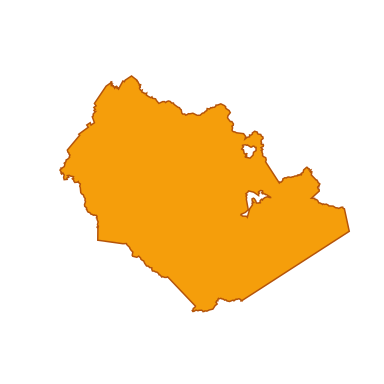 outline of Alpine, Victoria, Australia, rotated 317°
{"feature_id": "25037944B21518620554178", "entity_name": "Alpine", "entity_type": "district", "adm_level": 2, "iso_a3": "AUS", "parent_name": "Australia", "parent_adm1": "Victoria", "projection": "mercator", "projection_center": [147.028, -36.834], "detail": "fine", "context": "isolated", "style": "filled", "palette": "amber", "viewbox_px": 384, "rotation_deg": 317, "n_neighbors": 0, "source": "geoboundaries", "source_scale": "gbopen_adm2", "svg_char_len": 6053}
<svg xmlns="http://www.w3.org/2000/svg" viewBox="0 0 384 384"><g transform="rotate(317 192 192)"><path d="M129.4,76.3L128.4,78.3L128.6,79.3L127.9,80.4L128.0,81.7L126.5,82.4L126.2,83.1L123.3,83.2L121.9,82.7L120.3,83.9L118.5,83.8L118.8,84.3L116.0,86.3L113.2,85.8L112.6,85.3L112.4,86.0L111.2,85.6L110.3,86.1L109.9,88.9L109.1,88.7L108.9,90.1L110.5,90.3L110.1,92.4L108.1,93.7L106.9,95.8L109.3,97.6L109.6,96.8L110.3,96.5L111.9,97.2L112.3,96.4L112.2,95.1L113.6,96.1L114.0,97.5L115.7,99.8L115.1,99.9L114.7,101.2L113.5,100.8L113.6,102.7L113.0,103.6L112.8,105.1L114.9,106.7L115.9,106.8L115.5,107.7L115.8,110.0L113.9,111.1L113.3,112.6L110.2,116.6L110.1,118.5L110.6,119.9L109.5,122.5L109.5,123.9L108.1,125.0L107.5,126.5L104.9,127.8L103.8,129.2L104.1,131.7L103.0,132.6L103.2,133.2L102.6,134.0L102.3,135.9L103.2,137.3L103.0,139.3L103.8,140.5L104.0,141.7L104.9,142.1L105.2,143.0L106.1,143.8L106.0,145.0L104.5,145.7L104.8,146.3L103.8,147.4L103.0,149.8L100.5,151.5L100.3,152.8L99.5,152.8L99.7,153.6L98.9,154.0L98.5,153.6L98.4,154.4L90.2,163.0L106.2,182.7L108.9,185.0L108.4,186.0L108.6,190.1L108.1,190.9L107.7,193.2L107.8,195.5L105.1,197.5L104.8,198.5L107.1,202.1L109.3,202.6L109.4,205.1L108.8,206.3L109.1,208.3L109.7,209.3L108.8,211.8L108.3,215.1L109.5,216.5L109.5,218.4L110.9,220.0L109.7,221.4L109.2,222.8L110.4,224.1L110.8,225.6L111.7,226.7L112.0,229.0L111.4,230.0L112.1,231.1L111.9,233.6L112.8,233.8L113.9,236.0L115.2,237.1L116.3,237.5L116.7,277.8L115.4,278.3L113.5,278.0L112.3,279.0L111.4,278.8L111.1,279.9L112.0,280.6L114.4,281.1L115.4,283.0L116.2,283.1L118.5,285.1L118.7,286.7L118.5,287.0L119.3,287.6L120.4,287.8L121.7,289.3L124.3,290.1L127.4,291.9L131.4,290.9L134.0,291.1L134.3,289.1L134.6,289.3L135.8,288.4L136.8,289.2L137.4,288.3L138.7,287.9L138.7,288.5L140.6,289.4L141.0,290.7L141.8,291.6L142.2,293.5L143.0,293.8L143.4,294.6L143.2,295.4L144.8,297.7L147.9,298.9L148.8,299.8L148.6,300.2L151.2,300.4L151.5,301.1L153.6,302.1L154.1,303.5L154.2,304.2L153.8,304.7L154.1,304.7L154.2,305.8L155.1,305.6L280.2,328.0L292.0,308.2L291.4,307.1L291.9,305.9L290.7,304.9L288.1,304.1L287.8,303.2L286.3,301.4L285.6,298.6L282.6,295.5L282.7,294.6L282.0,292.5L280.5,291.5L280.0,290.4L278.9,290.1L279.0,289.1L278.4,288.4L278.1,287.2L277.3,286.5L278.1,283.9L277.9,282.4L276.9,281.5L277.4,280.4L275.1,278.0L285.7,278.1L286.8,276.7L286.4,276.0L287.1,274.2L287.7,274.0L288.4,274.7L289.2,273.7L289.6,273.9L291.0,273.3L290.7,271.0L291.2,270.0L291.5,268.3L291.0,268.0L290.9,260.9L293.4,259.0L293.1,258.7L293.2,257.8L292.3,258.2L292.3,257.5L293.8,256.9L293.3,256.7L293.2,255.8L292.8,255.6L293.5,254.8L292.8,253.7L293.2,252.8L292.7,252.1L288.7,252.0L286.7,253.4L284.7,252.9L283.9,254.0L283.4,254.0L283.2,252.9L281.5,252.7L281.5,252.0L280.7,251.6L280.1,252.0L277.8,250.3L276.4,250.0L275.6,249.2L274.4,248.9L272.9,246.9L271.8,246.2L270.7,246.1L269.6,244.9L267.4,244.4L266.3,245.4L264.5,245.6L263.5,245.5L263.2,244.6L262.0,244.9L266.4,220.1L268.2,219.1L269.3,217.2L268.5,215.0L268.4,213.5L269.8,212.2L270.4,210.4L271.2,209.9L271.1,208.8L272.8,209.1L272.8,206.6L275.2,207.2L276.2,206.5L276.5,205.7L275.4,204.6L275.4,203.9L276.8,203.0L277.1,201.9L278.2,201.2L280.4,201.4L281.4,200.1L280.9,198.5L281.5,196.8L279.9,194.8L279.8,194.0L280.6,192.8L279.3,190.3L276.3,190.0L275.6,190.8L274.7,190.8L273.7,190.5L273.0,189.6L271.8,190.9L269.7,189.7L266.9,189.4L269.1,188.1L269.5,184.5L264.9,179.0L264.4,177.4L263.4,176.1L263.2,174.9L263.5,174.0L265.4,172.8L266.1,171.1L267.6,171.4L268.7,170.5L269.2,167.7L268.1,166.6L268.4,162.7L268.7,161.9L270.3,160.7L274.1,160.1L274.7,157.7L273.8,154.1L274.0,153.2L274.7,152.8L274.7,151.1L273.2,147.2L270.1,145.9L268.8,144.8L268.0,145.4L266.2,145.4L264.9,144.2L263.9,144.0L263.3,143.1L261.4,143.2L260.0,141.3L258.3,142.6L256.9,142.1L254.7,142.3L253.3,141.4L250.3,141.4L248.1,139.5L246.4,135.0L243.7,133.3L242.7,132.2L241.6,132.2L239.8,131.5L239.9,130.0L238.4,128.8L238.4,127.3L240.2,124.5L240.0,123.5L240.3,121.7L239.5,120.3L238.6,115.5L239.1,114.3L237.8,113.0L237.8,110.9L236.9,109.4L235.4,108.7L233.7,108.6L233.6,107.2L232.2,105.9L228.2,104.6L228.4,100.8L228.9,99.0L227.0,96.5L227.6,95.1L226.2,94.9L225.3,92.5L224.7,90.0L226.2,88.8L225.3,88.7L224.9,87.5L224.3,87.5L224.0,85.5L223.5,85.1L223.8,84.3L225.0,83.5L224.0,83.2L223.8,82.7L224.2,80.5L225.2,79.7L225.6,80.1L226.2,79.4L226.3,78.2L228.1,78.9L227.1,78.0L226.9,76.3L227.6,74.9L227.5,73.0L228.0,72.9L226.9,65.9L219.4,64.6L217.7,65.2L217.2,63.7L208.5,66.6L208.6,65.8L208.3,65.5L209.0,65.3L208.9,64.9L208.4,64.8L208.9,64.4L208.9,63.9L208.6,64.0L208.8,63.5L207.9,63.4L208.3,63.0L207.7,62.8L206.3,63.2L206.8,62.0L206.3,61.3L206.9,60.7L205.9,59.6L206.4,59.6L206.1,58.9L207.0,58.7L206.4,58.3L206.8,58.1L206.7,57.5L207.7,56.5L207.9,57.3L208.4,56.6L208.0,56.4L206.5,56.7L201.4,56.0L181.0,60.7L180.6,63.6L177.9,63.2L177.6,65.7L176.0,65.4L175.7,67.2L176.0,67.4L172.9,67.6L171.7,69.0L170.4,68.9L167.9,74.8L163.8,74.2L164.8,71.9L160.7,71.2L160.3,73.9L148.6,72.5L148.6,73.9L129.4,76.3ZM212.8,241.8L217.0,243.3L221.0,243.4L226.9,234.2L228.0,233.6L228.6,232.1L229.8,231.8L229.4,231.5L230.1,231.1L230.2,230.0L232.6,230.2L234.1,229.8L237.0,234.2L238.3,240.0L239.5,238.8L240.6,238.8L240.3,237.6L240.8,237.2L243.3,237.7L244.3,239.1L244.4,239.4L243.8,240.0L242.6,240.0L242.3,241.3L243.5,241.7L243.4,242.7L244.1,243.3L244.1,244.2L244.7,244.7L245.9,249.5L245.7,249.7L244.9,248.9L243.9,246.9L241.5,245.8L238.7,245.5L238.1,245.9L237.9,244.7L236.0,244.8L234.8,245.9L234.7,246.5L234.3,246.4L234.2,245.8L233.2,245.5L231.6,244.0L232.6,241.8L233.0,239.4L232.7,238.4L231.2,238.0L229.8,239.7L229.9,241.8L228.3,241.1L227.4,242.7L222.9,243.6L215.2,248.2L215.3,246.9L212.4,244.0L212.5,242.4L212.2,242.1L212.8,241.8ZM269.2,203.1L267.1,205.4L264.1,204.9L261.8,206.7L257.5,206.8L255.0,203.2L255.4,203.0L255.1,202.5L255.8,202.2L256.4,203.1L256.6,203.0L256.2,202.1L258.2,201.5L257.9,200.9L256.8,200.8L256.5,199.3L258.4,196.2L257.7,195.4L257.6,194.5L260.5,194.0L260.5,192.6L260.8,192.3L263.1,193.7L264.0,195.3L264.6,195.4L265.6,199.3L266.2,199.8L268.0,200.1L268.6,200.9L268.6,202.6L269.2,203.1Z" fill="#f59e0b" stroke="#b45309" stroke-width="1.5"/></g></svg>